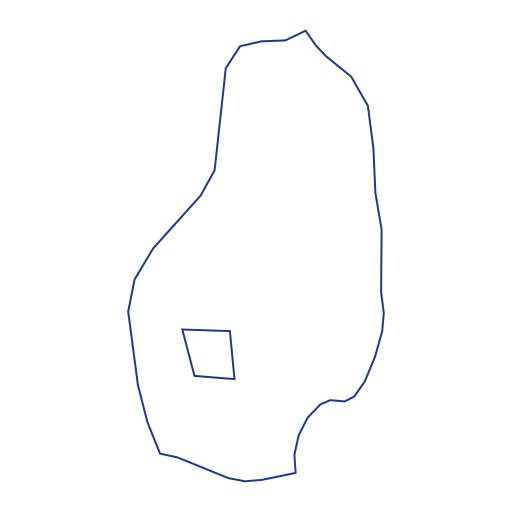 an SVG outline of Benguet
{"feature_id": "PHL-2559", "entity_name": "Benguet", "entity_type": "Province", "adm_level": 1, "iso_a3": "PHL", "parent_name": "Philippines", "parent_adm1": "", "projection": "mercator", "projection_center": [120.715, 16.554], "detail": "fine", "context": "isolated", "style": "outline", "palette": "blue", "viewbox_px": 512, "rotation_deg": 0, "n_neighbors": 0, "source": "natural_earth", "source_scale": "10m", "svg_char_len": 636}
<svg xmlns="http://www.w3.org/2000/svg" viewBox="0 0 512 512"><path d="M160.0,453.6L147.3,421.8L137.9,384.9L128.2,311.6L134.6,279.4L153.1,248.5L200.6,195.6L214.6,170.3L225.8,68.2L240.1,46.2L261.7,41.3L285.3,40.4L305.6,30.7L315.7,45.3L326.2,56.4L351.2,76.7L367.9,105.9L373.4,148.2L375.4,193.0L381.6,229.6L381.1,292.0L383.8,313.1L382.2,331.3L375.0,356.8L364.9,381.2L354.4,396.4L344.8,401.4L330.2,400.2L320.4,404.4L307.6,417.7L298.7,435.3L294.4,454.6L295.6,472.9L261.8,479.9L245.0,481.3L228.3,478.1L177.4,457.4L160.0,453.6ZM234.5,379.1L229.9,331.1L182.3,329.5L194.5,375.9L234.5,379.1Z" fill="none" stroke="#1e3a8a" stroke-width="2"/></svg>